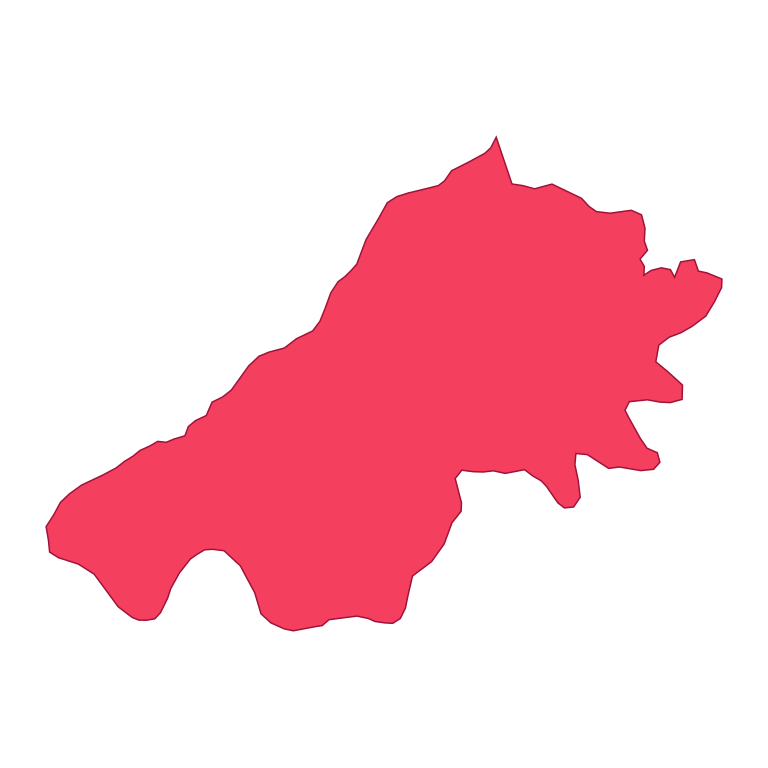 Foz do Jordão, Paraná, Brazil (Robinson projection)
{"feature_id": "56859067B25360435846322", "entity_name": "Foz do Jordão", "entity_type": "district", "adm_level": 2, "iso_a3": "BRA", "parent_name": "Brazil", "parent_adm1": "Paraná", "projection": "robinson", "projection_center": [-52.087, -25.692], "detail": "fine", "context": "isolated", "style": "filled", "palette": "rose", "viewbox_px": 768, "rotation_deg": 0, "n_neighbors": 0, "source": "geoboundaries", "source_scale": "gbopen_adm2", "svg_char_len": 2052}
<svg xmlns="http://www.w3.org/2000/svg" viewBox="0 0 768 768"><path d="M46.1,526.7L48.4,539.8L49.6,552.1L58.5,557.7L78.4,564.1L94.2,574.2L118.2,606.8L132.1,617.4L138.8,620.1L146.7,620.2L154.8,618.8L160.5,612.7L167.6,598.2L170.8,588.5L179.4,572.9L190.3,559.1L196.3,554.8L204.6,549.8L212.6,549.3L224.0,550.7L240.4,565.9L246.0,576.5L254.7,592.6L261.0,613.8L270.9,622.9L284.4,628.9L293.3,630.8L315.0,626.7L322.2,625.6L329.0,619.7L339.6,618.3L357.0,616.1L368.4,618.5L375.1,621.5L385.0,622.9L392.8,623.3L400.3,618.5L405.4,608.2L407.9,595.9L412.5,576.0L431.6,561.6L444.2,543.9L452.0,522.7L461.1,511.3L461.5,502.8L455.2,478.5L461.8,470.2L473.4,471.7L483.2,472.0L493.4,470.8L505.2,473.4L524.6,469.7L533.0,476.1L541.2,480.8L546.4,486.3L557.8,502.8L564.4,507.9L573.6,507.0L580.2,497.3L578.2,480.4L574.9,464.7L575.9,453.5L587.3,454.6L608.7,468.4L619.5,467.0L640.7,470.6L653.6,469.3L659.9,462.3L657.3,452.7L647.0,448.2L640.4,438.5L629.3,418.6L625.0,410.3L629.3,401.7L647.3,399.8L660.1,402.1L670.2,402.6L682.1,399.4L682.5,385.1L667.9,371.8L655.8,361.8L658.8,345.1L669.2,337.2L681.0,332.7L692.1,326.3L705.8,316.1L714.5,301.7L721.6,287.6L721.9,279.0L707.0,272.9L698.4,271.1L694.4,259.6L680.6,261.9L674.6,277.3L670.4,269.6L661.3,267.8L651.0,270.5L643.9,275.2L644.3,266.4L640.0,259.1L647.5,250.3L644.3,241.1L645.0,228.2L641.5,214.8L631.3,210.3L610.0,213.2L596.4,211.6L589.1,206.5L581.5,198.3L552.0,184.1L534.6,188.8L522.8,185.6L512.0,184.0L496.2,137.2L490.8,147.8L484.8,153.3L468.6,162.1L451.6,170.7L444.5,180.9L438.3,185.6L422.8,189.5L408.6,192.9L397.1,196.5L387.4,202.6L377.9,219.6L366.0,239.7L356.8,264.1L351.4,270.2L345.0,276.6L338.1,281.7L330.8,292.8L325.0,308.7L319.9,321.3L312.7,330.9L296.5,338.7L284.4,348.0L269.0,352.1L259.0,356.2L248.7,365.9L231.3,390.1L222.4,397.1L212.1,402.1L206.3,415.5L195.5,420.6L188.4,426.5L184.9,435.8L174.1,439.0L166.3,442.3L157.7,441.4L150.2,445.8L139.9,450.5L133.1,456.1L124.5,461.4L116.2,467.9L102.5,475.2L88.7,481.7L81.9,484.9L69.6,493.7L60.5,502.3L53.9,514.5L46.1,526.7Z" fill="#f43f5e" stroke="#9f1239" stroke-width="1.5"/></svg>